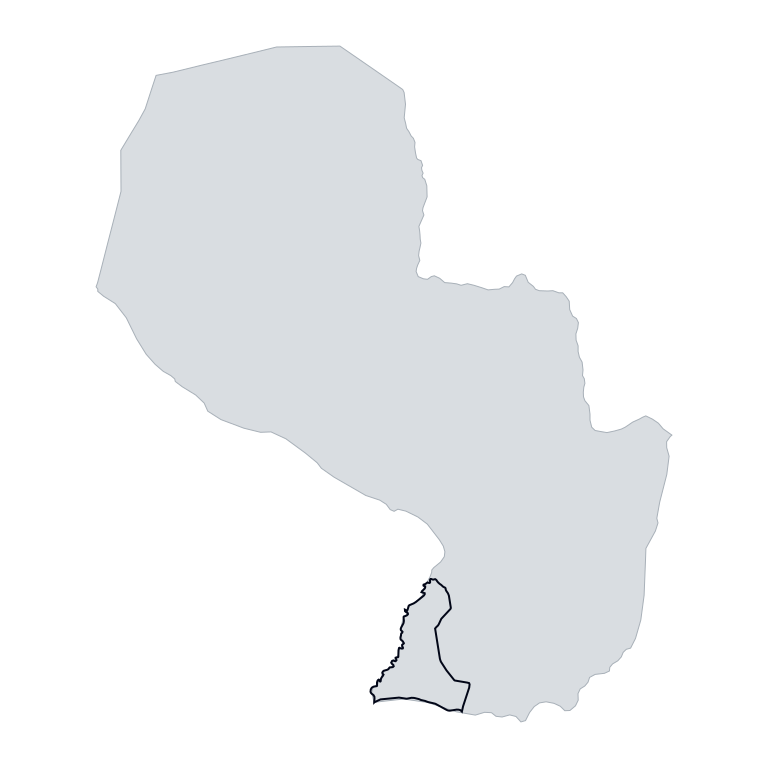 where Ñeembucú sits in Paraguay
{"feature_id": "PRY-610", "entity_name": "Ñeembucú", "entity_type": "Department", "adm_level": 1, "iso_a3": "PRY", "parent_name": "Paraguay", "parent_adm1": "", "projection": "natural_earth1", "projection_center": [-58.039, -26.618], "detail": "fine", "context": "in_parent", "style": "outline", "palette": "ink", "viewbox_px": 768, "rotation_deg": 0, "n_neighbors": 0, "source": "natural_earth", "source_scale": "10m", "svg_char_len": 5728}
<svg xmlns="http://www.w3.org/2000/svg" viewBox="0 0 768 768"><path d="M404.2,117.8L405.7,123.7L406.6,128.3L408.9,131.6L411.1,135.9L413.4,138.3L415.0,142.4L414.6,146.9L415.5,152.9L416.6,158.0L417.7,159.4L421.0,160.7L422.6,165.4L421.5,167.7L421.9,170.4L423.1,173.1L422.0,175.6L422.6,177.6L424.8,179.4L426.8,185.8L427.1,196.9L424.8,202.9L423.0,207.7L422.5,210.7L423.9,215.0L421.6,220.2L418.9,226.4L419.6,230.7L420.0,234.8L420.2,239.1L420.9,243.1L420.0,247.4L419.1,251.2L418.6,255.6L419.8,260.4L417.7,265.0L416.6,268.3L416.1,271.5L418.2,276.6L423.4,278.8L427.5,279.3L431.3,276.6L434.3,275.8L439.7,278.3L444.7,282.6L451.1,283.1L456.8,283.9L461.1,285.3L467.4,283.7L474.0,285.3L481.7,287.7L488.1,289.9L494.4,289.3L499.2,289.1L504.2,286.6L508.9,286.9L512.6,282.6L514.6,278.8L516.5,276.1L521.7,273.9L525.3,275.3L528.2,282.3L533.4,286.4L535.5,289.3L539.3,290.7L547.7,291.0L552.9,290.7L558.8,292.8L562.7,292.8L566.1,296.6L569.2,301.2L569.7,309.6L572.6,316.1L576.4,318.5L578.4,322.6L577.7,328.3L575.9,333.9L576.1,340.2L578.1,345.8L578.1,351.5L579.4,357.2L582.1,362.1L583.0,369.9L582.5,375.6L584.3,378.8L584.9,383.4L583.8,387.2L583.3,392.3L583.5,396.9L584.9,400.7L588.9,405.6L590.0,414.2L590.0,420.2L591.7,427.2L595.1,430.5L600.5,431.5L606.9,432.6L614.5,431.0L621.3,429.1L625.2,427.2L632.7,422.1L639.3,419.1L642.7,417.2L645.8,415.9L652.4,419.1L658.4,423.2L663.1,428.8L671.9,435.1L670.2,436.6L666.6,441.7L666.7,447.7L669.1,456.2L666.8,474.4L659.7,502.1L656.8,518.3L658.0,522.9L655.4,531.0L645.9,548.4L645.5,560.1L644.1,595.3L640.8,620.0L635.5,638.4L630.6,648.1L626.3,649.3L623.2,652.3L621.3,656.9L617.8,660.8L612.6,663.9L609.8,667.3L609.4,671.0L604.5,673.3L595.1,674.4L589.6,677.4L588.0,682.2L584.8,686.0L580.2,688.9L578.0,693.6L578.2,700.2L575.5,705.8L569.9,710.5L564.8,710.7L560.2,706.2L553.9,703.3L546.1,701.8L539.5,702.9L534.2,706.6L529.6,712.5L525.5,720.6L520.9,721.9L516.0,716.5L509.7,714.9L502.1,717.0L496.0,716.3L491.5,712.7L484.6,712.3L475.3,715.1L456.4,711.8L427.8,702.5L403.7,699.0L374.1,702.3L371.6,692.6L373.2,687.4L378.0,683.5L381.0,679.0L382.2,674.0L385.5,670.2L390.9,667.6L393.2,664.9L392.4,662.3L393.6,659.9L396.7,657.8L398.5,654.6L398.9,650.2L400.1,648.0L402.1,646.3L402.4,643.3L401.2,633.8L401.3,626.0L402.8,619.9L404.6,616.3L405.9,615.4L407.1,613.2L407.6,609.5L409.5,606.1L419.0,599.1L422.6,595.3L422.9,591.9L424.3,587.2L429.9,577.1L431.7,572.4L431.8,570.0L433.8,567.6L440.6,562.0L444.3,556.7L444.9,551.7L443.3,546.1L439.4,539.8L427.3,524.1L417.9,517.0L405.8,511.1L397.9,509.2L394.1,511.3L390.2,509.6L386.3,504.3L379.7,500.1L365.8,495.5L334.1,477.2L321.4,468.3L317.2,462.8L305.3,453.0L285.9,438.8L271.0,431.9L260.6,432.3L243.9,428.2L221.0,419.6L207.8,411.2L204.2,403.1L195.7,395.0L182.3,386.8L175.3,381.5L174.7,378.9L170.8,375.6L163.3,371.4L155.1,364.3L146.2,354.3L136.6,338.8L126.3,317.8L115.3,303.6L103.7,296.3L97.8,291.4L97.8,289.1L96.1,286.8L97.6,282.7L101.7,266.8L107.6,243.6L113.8,219.6L121.0,191.4L120.9,171.4L120.8,150.3L131.3,132.9L138.8,120.6L145.2,108.9L151.7,88.8L156.1,75.4L173.0,72.2L201.6,65.2L215.9,61.8L246.0,54.5L276.6,47.0L308.8,46.5L339.9,46.1L364.0,62.7L382.5,75.5L402.7,89.5L404.1,92.5L405.5,104.3L404.2,117.8Z" fill="#d9dde1" stroke="#a8b0b8" stroke-width="1"/><path d="M406.7,611.3L407.3,610.4L407.9,608.7L408.6,606.0L409.3,605.2L413.7,603.4L415.9,602.0L423.8,595.6L424.7,594.3L424.7,593.2L421.5,592.2L422.1,591.0L424.4,588.9L424.9,588.2L425.2,587.3L425.2,586.4L423.6,585.8L423.4,585.2L423.6,584.6L425.1,584.1L426.5,583.2L427.4,582.5L427.6,582.6L429.3,583.0L429.6,582.9L430.0,582.6L430.1,582.3L430.1,581.7L430.0,580.3L430.1,579.6L430.2,579.3L430.5,579.0L430.8,579.0L431.2,579.0L432.5,579.5L433.0,579.6L433.4,579.6L434.9,579.2L435.3,579.2L435.7,579.5L436.3,579.9L437.2,581.3L438.1,582.4L439.6,583.8L441.2,584.9L443.0,586.6L443.7,587.0L445.1,587.7L445.4,588.0L445.6,588.6L445.7,589.4L445.9,590.1L446.3,590.9L448.0,593.4L448.9,595.7L450.8,607.6L450.7,608.5L450.4,609.0L441.3,618.8L438.7,624.4L437.9,625.6L436.5,626.9L435.1,628.5L439.9,658.7L440.3,660.1L440.9,661.7L446.5,670.4L454.3,680.2L454.8,680.5L467.2,682.6L469.1,683.1L469.6,684.4L469.2,687.6L463.1,706.2L461.9,711.6L460.8,710.5L460.2,710.1L458.7,709.7L456.7,709.6L449.8,710.7L448.1,710.5L447.6,710.3L446.6,709.9L435.6,703.9L434.8,703.6L427.9,702.0L425.0,700.9L424.9,700.9L421.9,700.2L421.0,700.0L418.9,699.1L414.9,698.1L413.6,697.9L411.5,697.8L407.4,698.6L406.4,698.7L399.0,697.6L380.5,699.4L374.5,702.2L374.2,702.5L374.2,702.4L374.5,698.4L374.4,696.7L373.5,695.1L371.8,693.8L370.9,692.8L370.5,691.7L370.8,689.4L371.8,687.7L373.4,686.7L376.8,686.1L377.1,685.2L377.0,684.0L377.0,682.5L377.2,681.8L377.4,681.1L377.7,680.5L378.1,680.0L378.8,679.6L379.2,679.9L379.3,680.5L379.3,680.8L379.4,681.0L379.9,681.4L380.4,681.5L380.7,681.1L380.8,679.7L380.9,679.2L381.1,678.5L381.7,677.4L382.9,675.8L383.5,674.6L382.5,673.6L382.3,672.6L382.9,671.5L383.9,670.7L386.9,669.9L388.4,669.2L389.0,668.2L389.7,667.4L391.3,667.3L392.8,667.1L393.7,666.3L393.3,664.9L392.0,663.9L391.2,662.7L392.1,660.9L393.2,660.5L394.4,661.0L395.6,661.2L396.5,660.1L396.2,659.4L395.7,658.5L395.6,657.7L396.7,657.3L397.5,657.3L398.0,657.2L398.3,656.8L398.5,650.4L398.8,648.9L399.1,647.9L399.4,647.8L399.7,648.1L401.8,648.6L402.7,648.5L403.0,648.0L402.8,647.3L402.4,646.6L402.1,645.9L402.1,644.9L402.3,644.7L403.5,643.8L403.9,643.2L403.6,642.8L403.0,641.6L402.5,641.0L401.0,639.8L400.6,639.3L400.4,637.9L400.6,636.7L401.0,635.4L401.1,634.0L401.4,633.4L402.3,632.6L402.5,631.7L400.9,630.1L400.7,629.0L401.1,627.7L403.4,623.4L403.7,622.2L403.9,620.8L403.6,618.2L403.6,616.9L404.1,616.3L405.2,616.1L406.8,615.4L407.9,614.4L407.9,613.3L406.9,612.5L405.8,611.9L405.0,611.1L404.9,609.6L405.5,609.9L406.1,610.2L406.5,610.7L406.7,611.3Z" fill="none" stroke="#020617" stroke-width="2"/></svg>